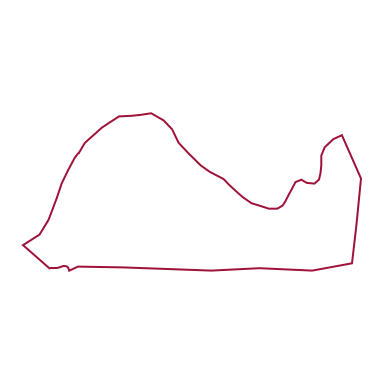 outline of Derniere Riviere/Fond Petit, Dennery, Saint Lucia
{"feature_id": "8701671B2567370595513", "entity_name": "Derniere Riviere/Fond Petit", "entity_type": "district", "adm_level": 2, "iso_a3": "LCA", "parent_name": "Saint Lucia", "parent_adm1": "Dennery", "projection": "orthographic", "projection_center": [-60.931, 13.967], "detail": "fine", "context": "isolated", "style": "outline", "palette": "rose", "viewbox_px": 384, "rotation_deg": 0, "n_neighbors": 0, "source": "geoboundaries", "source_scale": "gbopen_adm2", "svg_char_len": 1264}
<svg xmlns="http://www.w3.org/2000/svg" viewBox="0 0 384 384"><path d="M352.0,263.3L356.4,225.2L361.0,178.5L341.9,135.2L334.0,138.8L333.4,139.1L325.2,146.8L324.7,147.3L321.9,154.1L321.3,155.6L321.3,165.1L320.6,172.2L320.5,173.2L319.0,179.6L317.4,181.0L314.5,183.6L306.8,182.9L302.7,180.5L301.4,179.7L297.9,181.1L295.5,182.1L287.5,197.1L286.7,198.7L285.6,200.9L284.1,203.3L282.7,205.5L277.3,208.7L269.0,208.7L258.0,205.2L251.4,203.2L246.0,199.4L242.7,197.1L238.6,193.5L233.6,189.0L230.3,185.9L228.2,183.9L225.8,181.3L223.5,179.0L217.7,176.0L210.0,172.0L201.1,165.7L200.5,165.2L188.0,152.8L178.6,142.8L172.1,129.3L163.6,120.4L151.4,113.4L151.1,113.3L139.6,115.0L131.6,115.8L119.0,116.4L111.5,121.3L111.0,121.6L101.9,127.6L95.4,133.5L90.8,137.5L87.1,140.9L84.7,143.1L79.1,152.6L78.7,153.3L78.3,153.4L77.9,153.6L74.4,158.3L73.6,159.9L68.2,170.0L61.7,183.4L56.6,198.5L54.8,203.3L51.3,212.6L49.9,216.3L48.4,220.1L43.2,228.6L39.5,234.6L27.8,242.1L23.0,245.1L36.9,257.3L49.4,268.3L51.0,268.0L54.8,268.0L57.1,268.0L59.8,267.2L60.3,267.1L61.3,266.7L63.4,266.0L64.1,266.0L65.8,266.2L66.2,266.3L67.0,266.6L68.2,267.7L68.5,268.6L69.0,269.9L69.2,270.7L77.9,266.6L122.9,267.4L211.3,270.6L259.4,268.2L312.2,270.6L352.0,263.3Z" fill="none" stroke="#9f1239" stroke-width="2"/></svg>